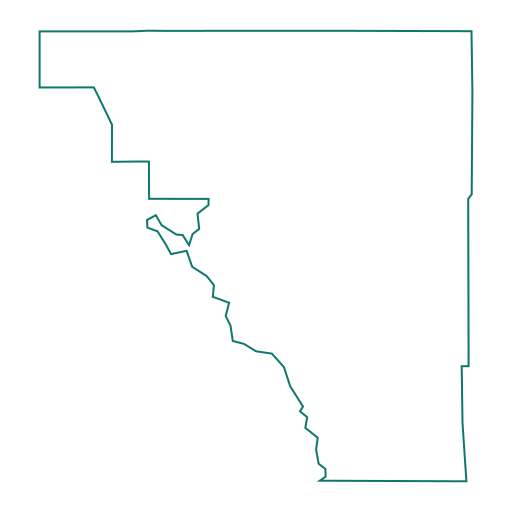 Osceola, Florida, United States of America
{"feature_id": "52423323B49272784755567", "entity_name": "Osceola", "entity_type": "district", "adm_level": 2, "iso_a3": "USA", "parent_name": "United States of America", "parent_adm1": "Florida", "projection": "robinson", "projection_center": [-81.287, 27.995], "detail": "fine", "context": "isolated", "style": "outline", "palette": "teal", "viewbox_px": 512, "rotation_deg": 0, "n_neighbors": 0, "source": "geoboundaries", "source_scale": "gbopen_adm2", "svg_char_len": 888}
<svg xmlns="http://www.w3.org/2000/svg" viewBox="0 0 512 512"><path d="M471.5,31.2L345.5,30.8L228.7,30.8L223.2,30.8L168.7,30.9L148.2,30.7L131.9,31.4L39.6,31.4L39.6,84.1L39.6,87.5L93.8,87.4L97.2,94.0L112.0,124.7L111.9,161.8L141.3,161.5L141.6,161.5L148.9,161.6L149.1,198.8L208.6,198.9L208.5,205.1L197.5,213.6L199.2,228.9L192.6,234.1L189.0,245.1L182.7,235.1L176.3,234.5L161.7,225.3L155.8,215.2L147.0,220.0L147.4,227.6L157.5,231.3L166.1,245.0L171.0,254.1L186.6,250.8L192.2,266.8L206.7,276.1L213.9,285.1L212.8,296.8L229.1,302.8L225.7,316.0L230.5,325.6L232.8,341.0L244.0,343.9L256.1,351.3L271.9,353.6L283.9,367.1L290.3,386.5L303.0,406.5L300.0,411.3L307.2,417.2L305.3,427.9L317.7,437.7L316.1,449.5L318.6,463.7L325.4,469.0L325.6,476.7L319.8,480.7L466.4,481.3L462.5,422.9L461.7,366.2L468.6,366.2L468.2,198.9L471.7,194.3L472.4,92.0L471.5,31.2Z" fill="none" stroke="#0f766e" stroke-width="2"/></svg>